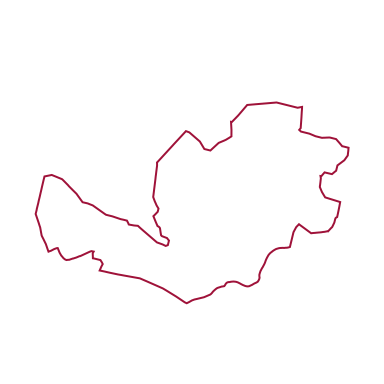 the district of As Saddah, Ibb, Yemen, rotated 14°
{"feature_id": "15242507B85155495853150", "entity_name": "As Saddah", "entity_type": "district", "adm_level": 2, "iso_a3": "YEM", "parent_name": "Yemen", "parent_adm1": "Ibb", "projection": "orthographic", "projection_center": [44.391, 14.166], "detail": "fine", "context": "isolated", "style": "outline", "palette": "rose", "viewbox_px": 384, "rotation_deg": 14, "n_neighbors": 0, "source": "geoboundaries", "source_scale": "gbopen_adm2", "svg_char_len": 4606}
<svg xmlns="http://www.w3.org/2000/svg" viewBox="0 0 384 384"><g transform="rotate(14 192 192)"><path d="M45.1,212.6L45.1,216.2L45.2,223.6L45.3,227.7L45.3,229.2L45.4,233.9L45.4,234.2L45.4,236.5L45.4,237.4L45.5,239.9L45.5,243.1L45.5,244.9L45.5,245.6L45.5,246.0L45.6,246.9L45.6,248.2L45.6,251.1L50.8,259.2L52.2,261.5L53.2,263.0L54.2,265.2L55.4,267.9L56.7,270.7L57.8,272.0L59.2,273.6L61.2,276.0L62.8,277.9L66.5,283.6L67.2,284.6L68.6,283.6L69.3,283.2L72.1,280.7L73.3,279.9L74.2,279.3L74.6,279.1L75.3,278.9L78.2,282.9L80.5,285.3L81.4,285.9L83.3,287.3L85.0,288.1L86.6,288.4L87.8,287.9L89.2,287.5L92.6,285.3L92.8,285.3L95.7,283.5L98.5,281.4L99.0,281.3L107.2,274.7L108.7,273.7L111.0,273.6L110.5,275.5L111.9,280.3L113.2,280.2L116.0,280.2L119.6,280.2L121.6,282.1L122.8,283.5L122.1,286.3L121.4,290.5L126.7,290.3L127.8,290.3L132.3,290.2L140.3,289.9L142.9,289.7L146.2,289.5L162.3,288.4L169.6,289.6L187.0,292.6L190.0,293.5L193.2,294.5L202.0,297.3L211.7,300.8L213.8,301.2L215.8,299.5L218.2,297.2L220.4,295.7L222.6,294.6L224.5,293.6L229.1,291.2L234.5,287.1L235.0,286.5L235.7,285.3L236.1,284.4L236.4,283.7L237.0,282.7L238.0,281.2L238.9,280.0L239.8,279.0L240.9,278.3L241.9,277.7L242.4,277.4L243.6,276.6L244.9,276.1L246.1,275.5L246.6,274.3L247.0,272.8L247.7,271.6L248.9,270.7L250.2,270.3L250.3,270.3L251.4,269.7L252.0,269.5L252.7,269.2L252.8,269.2L254.1,268.8L255.4,268.6L256.4,268.5L256.5,268.5L256.8,268.5L258.3,268.6L259.6,268.9L260.9,269.2L262.3,269.6L263.3,269.8L263.6,269.9L265.0,270.1L266.3,270.3L267.6,270.3L269.0,270.1L269.4,269.9L270.2,269.6L270.6,269.3L271.3,268.7L272.6,267.7L273.6,266.7L274.6,265.7L275.9,264.7L276.7,264.0L277.6,263.0L277.7,262.5L277.9,262.0L278.0,261.7L278.3,260.2L278.3,258.8L278.0,258.2L277.8,257.5L277.4,256.2L277.4,255.7L277.4,254.7L277.5,253.4L277.6,252.0L277.7,251.8L278.0,250.5L278.3,249.2L278.8,247.8L279.1,246.5L279.5,245.0L279.8,243.6L280.0,242.0L280.1,240.6L280.4,238.9L280.7,237.5L281.1,236.0L281.5,234.6L282.2,233.2L282.3,233.0L282.9,232.0L283.8,230.9L284.6,229.8L285.5,228.8L285.6,228.7L286.5,227.8L287.5,226.9L288.7,226.2L289.9,225.5L291.1,225.0L292.4,224.6L293.7,224.2L294.9,224.0L296.2,223.5L297.6,223.1L298.9,222.5L300.3,221.7L300.2,206.4L301.6,200.9L303.6,197.4L304.5,197.8L317.6,203.2L318.3,202.9L319.7,202.4L321.2,201.9L322.6,201.4L324.0,200.9L325.8,200.3L326.3,200.1L327.2,199.8L328.8,199.1L330.2,198.6L331.5,198.0L332.7,197.4L333.0,197.2L333.5,197.3L335.6,193.5L336.5,192.1L337.0,189.7L337.5,187.2L337.5,184.8L337.5,183.6L337.6,182.7L338.1,181.9L338.9,181.2L338.8,177.8L338.7,175.4L338.5,170.8L338.2,165.9L325.8,165.2L322.5,165.0L318.6,161.1L318.1,160.6L314.8,156.2L314.7,155.1L314.6,154.9L314.6,154.3L314.3,151.9L313.7,147.5L312.8,145.4L313.7,145.3L315.8,141.1L315.9,140.9L316.3,140.9L317.0,140.9L323.5,140.8L325.1,138.6L325.6,137.9L326.7,136.5L326.7,136.1L326.7,131.0L326.8,130.9L331.5,125.1L332.1,124.4L332.3,123.9L333.4,121.1L334.3,118.9L334.0,116.8L333.8,115.1L333.7,114.4L333.2,111.2L331.8,111.2L327.3,111.2L326.7,111.3L323.6,109.0L321.9,107.8L321.3,107.4L319.3,106.0L319.0,105.8L316.6,105.8L312.5,105.8L311.7,106.0L307.3,107.3L304.9,108.0L304.0,108.0L303.1,108.0L298.3,108.0L295.8,107.6L291.8,107.0L283.1,107.0L281.0,105.8L282.0,103.7L281.1,98.5L280.2,93.4L279.8,91.3L279.1,87.6L278.7,85.1L278.2,82.8L274.1,84.7L263.4,84.7L262.9,84.7L261.7,84.7L252.4,84.7L243.6,87.7L232.1,91.6L224.5,94.2L223.3,96.6L218.3,106.6L217.9,107.3L213.7,114.5L212.9,114.5L215.3,122.3L216.8,128.5L215.2,130.2L212.2,133.2L210.8,134.3L206.0,137.9L200.8,145.8L200.0,147.0L199.8,147.3L193.6,147.3L193.2,146.9L187.4,141.1L175.0,134.8L171.4,134.4L170.2,136.6L162.5,150.6L162.2,151.2L151.2,171.4L150.9,171.8L151.4,173.5L151.6,174.4L151.7,174.7L151.8,175.5L152.5,181.4L152.9,184.5L152.9,184.8L153.4,188.4L155.5,205.6L155.5,205.8L155.6,206.3L156.6,207.8L157.5,209.1L158.1,210.0L159.3,211.5L160.9,213.6L163.2,215.9L163.5,216.2L163.5,219.5L161.8,222.5L160.4,224.8L163.9,229.6L166.8,233.4L167.8,233.6L169.0,234.2L169.7,234.9L171.6,239.5L172.5,241.5L173.5,242.1L178.5,242.7L178.8,242.7L180.2,243.8L181.4,244.7L181.4,247.2L181.4,249.4L179.5,250.7L176.2,250.0L171.3,249.5L170.2,249.4L169.4,249.0L155.7,242.1L155.1,241.8L154.9,241.7L150.6,239.5L147.7,237.9L143.9,238.5L139.3,238.8L138.5,238.8L137.8,237.8L136.6,236.4L135.8,235.5L132.1,235.5L129.3,235.6L120.7,234.9L114.1,234.9L113.3,234.6L112.9,234.5L112.7,234.4L105.3,231.5L100.7,229.7L98.9,229.0L95.6,228.6L93.6,228.3L88.3,228.4L88.2,228.3L85.8,226.3L84.4,225.1L83.8,224.6L81.2,222.4L80.4,221.7L75.5,218.8L70.9,216.0L70.3,215.5L64.9,212.2L63.4,211.3L62.8,211.0L56.1,210.0L51.8,209.4L45.1,212.6Z" fill="none" stroke="#9f1239" stroke-width="2"/></g></svg>